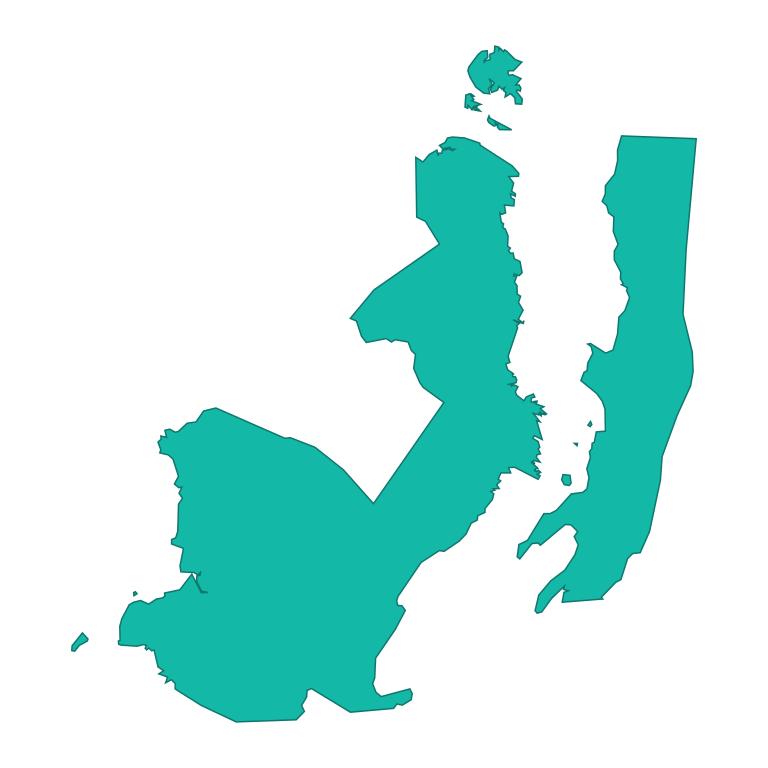 Muna, Sulawesi Tenggara, Indonesia (Mercator projection)
{"feature_id": "22746128B70372019871554", "entity_name": "Muna", "entity_type": "district", "adm_level": 2, "iso_a3": "IDN", "parent_name": "Indonesia", "parent_adm1": "Sulawesi Tenggara", "projection": "mercator", "projection_center": [122.695, -4.871], "detail": "fine", "context": "isolated", "style": "filled", "palette": "teal", "viewbox_px": 768, "rotation_deg": 0, "n_neighbors": 0, "source": "geoboundaries", "source_scale": "gbopen_adm2", "svg_char_len": 6074}
<svg xmlns="http://www.w3.org/2000/svg" viewBox="0 0 768 768"><path d="M411.2,699.7L412.2,693.7L409.9,688.9L381.2,696.6L376.0,692.3L372.6,683.6L374.7,678.1L375.6,658.1L395.3,629.4L405.3,610.4L401.9,605.7L397.9,605.6L396.6,600.8L398.0,596.4L421.1,562.4L439.3,550.6L444.2,551.3L459.2,541.1L466.0,534.1L471.2,523.2L477.3,520.0L477.7,515.8L485.0,512.4L485.0,508.5L492.4,499.5L493.8,493.9L490.7,491.5L494.8,490.2L493.2,488.8L499.2,488.5L496.6,484.8L500.7,480.9L498.2,479.2L500.9,472.9L510.7,472.9L508.5,467.6L514.8,467.3L538.1,479.3L540.1,475.7L537.1,474.4L540.7,472.3L538.1,470.1L536.8,471.6L534.8,470.9L534.0,469.4L535.8,471.0L535.4,468.8L537.7,468.2L531.0,461.9L535.0,463.6L532.6,461.3L533.7,460.4L540.0,462.1L536.4,457.5L536.9,454.8L540.5,453.9L538.2,449.0L539.8,447.3L538.1,441.5L532.8,438.3L534.3,435.7L542.2,439.5L536.6,420.7L540.0,421.8L533.3,413.3L538.7,414.9L539.2,412.2L540.9,412.3L539.9,414.7L541.2,415.9L541.3,413.8L545.1,414.8L543.7,414.4L542.6,413.1L545.8,414.6L546.5,413.9L540.3,408.7L543.9,406.7L536.3,404.2L537.1,401.1L534.8,401.4L535.9,402.0L536.0,403.1L530.9,401.7L531.6,397.9L534.8,397.1L533.4,394.0L526.4,396.9L524.0,400.8L516.9,395.4L515.3,391.9L518.0,386.7L513.4,384.6L511.2,386.6L511.8,385.1L509.1,384.3L516.1,382.7L516.7,379.9L515.4,376.8L512.7,376.5L512.5,373.8L514.1,374.2L507.8,369.9L505.8,364.0L509.9,362.4L508.1,356.2L517.6,327.9L516.7,325.6L519.3,323.4L512.9,319.8L523.2,323.5L524.0,320.6L522.9,322.9L518.3,319.2L523.1,310.2L518.5,302.5L520.6,296.2L517.2,294.1L517.0,285.5L514.4,282.4L516.9,275.9L513.5,276.0L514.1,273.8L519.2,275.6L522.1,272.7L520.0,261.5L514.3,258.8L513.1,253.0L510.6,253.3L508.5,250.8L510.4,248.1L507.6,246.3L508.1,236.0L505.3,229.0L502.7,227.7L503.6,223.8L501.3,222.2L499.8,212.9L501.8,214.4L505.6,212.9L504.4,205.1L513.9,205.9L514.3,199.6L511.2,197.9L510.4,193.9L515.3,196.2L515.4,193.8L511.6,191.2L513.6,183.1L508.7,176.6L518.5,176.3L518.8,173.4L512.2,165.9L480.2,145.2L479.7,143.1L464.6,138.0L452.6,137.0L447.5,138.0L445.1,142.5L439.5,145.4L442.8,148.9L449.9,147.2L451.6,149.7L452.9,149.1L454.8,149.3L452.4,150.6L449.0,148.9L442.2,150.4L441.9,153.1L438.5,153.2L438.1,155.8L436.9,150.1L429.2,154.5L423.0,162.0L415.8,157.4L416.7,217.1L425.5,221.4L439.5,244.1L374.1,289.8L350.3,318.4L356.5,321.0L361.5,336.3L366.3,342.5L386.2,338.6L391.5,342.0L395.2,339.7L408.1,342.0L411.3,350.5L415.5,354.5L413.7,368.4L419.7,382.4L423.3,387.5L443.9,402.5L373.5,503.7L343.5,469.9L315.0,447.3L290.3,437.7L284.9,438.3L215.9,408.0L203.6,411.0L196.0,422.0L187.2,423.2L178.3,431.5L175.2,432.2L169.7,429.2L164.9,430.3L166.6,437.3L160.9,436.0L161.1,439.2L158.0,442.1L160.8,449.8L159.8,452.9L168.3,454.9L173.0,459.1L178.5,476.3L174.4,484.0L178.8,487.7L181.9,487.2L179.0,493.2L182.5,498.3L178.5,504.2L177.8,531.2L175.8,537.7L171.6,539.6L171.6,544.0L183.5,548.4L180.0,565.8L180.9,571.9L194.2,572.5L197.9,575.1L200.9,571.5L200.0,575.2L196.9,575.9L196.6,581.0L201.4,591.1L207.9,592.4L201.3,592.7L191.8,574.2L179.8,589.8L164.6,593.0L164.9,596.0L162.7,597.9L156.5,599.0L148.7,604.1L140.6,600.5L133.7,602.2L129.2,604.8L121.8,618.8L119.8,626.3L120.1,640.2L118.4,641.0L118.7,644.3L121.0,645.1L137.1,646.2L143.4,644.6L146.4,645.4L145.2,648.4L146.7,649.9L148.9,648.0L151.7,650.8L154.1,650.0L158.0,666.9L163.6,670.7L158.8,673.9L167.6,677.1L165.6,682.8L171.4,679.7L175.3,683.7L175.1,688.8L177.7,690.6L201.4,705.5L236.2,721.9L296.2,719.8L304.4,711.4L301.5,705.5L306.6,697.1L307.1,690.4L311.5,688.6L350.4,712.2L393.6,708.4L396.9,704.0L402.4,705.1L411.2,699.7ZM602.8,599.0L601.3,597.3L615.9,582.2L620.9,579.6L627.6,558.6L632.7,553.5L640.2,552.7L649.5,531.6L660.4,480.2L662.1,456.6L677.2,415.3L690.6,385.8L693.1,371.5L692.3,352.1L683.0,314.3L686.1,250.0L696.2,138.7L621.6,135.9L617.5,150.1L617.6,160.7L614.6,174.1L605.4,185.7L605.3,193.9L602.2,201.4L606.9,205.8L608.6,212.9L613.9,216.9L613.3,231.5L618.1,244.4L614.3,251.1L614.3,259.8L620.8,272.2L620.4,278.8L623.3,283.8L621.5,284.7L627.5,287.8L626.5,290.6L629.6,297.5L624.8,310.8L618.9,317.1L617.5,334.2L613.0,350.1L605.6,353.1L590.5,343.5L587.7,344.1L591.2,346.6L592.8,353.3L587.7,363.2L587.1,370.6L584.0,372.4L580.9,380.6L596.7,393.5L602.3,401.2L605.0,409.1L605.4,431.1L596.3,431.9L594.3,442.2L592.1,443.3L591.8,448.8L589.4,451.6L590.4,457.4L586.8,468.7L589.0,477.6L586.9,489.0L582.7,492.4L571.3,493.9L556.4,510.4L550.1,513.6L543.9,513.6L527.4,540.5L518.9,544.5L517.2,556.8L519.8,558.9L531.9,543.6L538.1,543.0L540.3,545.3L565.2,524.5L571.0,524.9L577.7,531.6L574.2,536.7L578.3,544.8L574.9,554.8L564.8,570.2L550.9,580.7L538.8,595.0L535.1,610.7L537.2,613.2L541.8,611.9L551.5,598.5L564.5,585.9L563.5,589.4L568.2,590.8L564.0,592.3L562.2,602.2L602.8,599.0ZM498.8,50.0L498.8,47.1L494.9,46.1L494.3,52.5L489.8,54.4L490.1,59.7L484.8,60.8L484.0,63.1L484.4,60.1L487.8,57.4L487.2,50.7L482.1,51.3L478.3,54.3L468.8,67.0L467.9,71.0L470.0,77.2L475.8,87.0L483.6,93.1L489.8,93.8L488.4,88.6L492.2,84.7L489.1,78.7L494.4,83.0L490.3,89.1L491.8,92.4L497.5,90.2L499.0,86.3L501.9,89.1L504.8,87.6L503.3,90.3L505.9,92.6L505.1,97.0L510.5,93.6L514.8,97.7L515.5,103.8L521.7,104.2L522.3,99.1L516.3,91.2L517.2,89.8L520.2,91.2L520.9,88.1L519.1,84.9L515.7,85.1L521.0,78.6L512.5,74.7L509.2,75.4L508.0,73.3L508.3,70.8L513.4,70.8L521.8,62.1L515.2,59.6L506.4,50.9L504.5,49.9L503.6,51.7L500.2,48.3L498.8,50.0ZM74.7,651.2L79.2,645.5L87.3,641.0L88.0,639.0L82.4,632.9L72.1,645.8L71.8,650.6L74.7,651.2ZM473.8,99.6L469.8,93.7L465.8,95.1L465.0,107.1L467.8,108.3L468.1,105.4L472.0,109.8L473.7,106.6L480.9,104.4L471.6,100.7L473.8,99.6ZM490.1,118.3L489.0,115.9L487.5,120.0L488.8,122.5L493.9,126.1L496.1,125.4L495.2,122.9L497.4,124.8L498.3,123.5L497.4,127.0L499.4,129.6L511.7,129.8L490.1,118.3ZM570.0,475.3L563.0,474.6L561.7,479.8L564.3,484.7L569.2,485.5L571.1,483.2L570.0,475.3ZM590.5,421.5L587.9,425.2L590.3,426.6L591.8,424.5L590.5,421.5ZM135.4,591.7L133.6,592.6L134.0,595.7L137.0,593.8L135.4,591.7ZM477.0,107.1L474.4,107.2L472.7,109.0L476.5,109.3L477.0,107.1ZM480.3,111.1L478.2,109.0L475.4,110.2L480.3,111.1ZM577.5,443.4L574.4,443.4L577.0,445.7L577.5,443.4ZM474.1,96.2L470.5,93.5L472.7,96.7L474.1,96.2Z" fill="#14b8a6" stroke="#0f766e" stroke-width="1.5"/></svg>